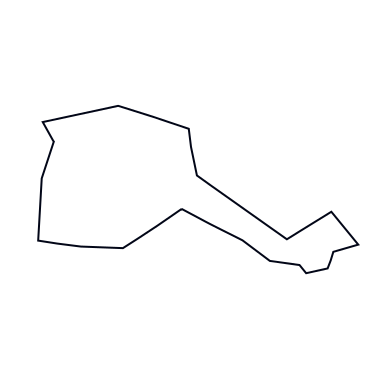 Tedzhen Sovkhoz, Ahal, Turkmenistan, rotated 173°
{"feature_id": "10190150B68029188897987", "entity_name": "Tedzhen Sovkhoz", "entity_type": "district", "adm_level": 2, "iso_a3": "TKM", "parent_name": "Turkmenistan", "parent_adm1": "Ahal", "projection": "robinson", "projection_center": [61.206, 37.17], "detail": "fine", "context": "isolated", "style": "outline", "palette": "ink", "viewbox_px": 384, "rotation_deg": 173, "n_neighbors": 0, "source": "geoboundaries", "source_scale": "gbopen_adm2", "svg_char_len": 622}
<svg xmlns="http://www.w3.org/2000/svg" viewBox="0 0 384 384"><g transform="rotate(173 192 192)"><path d="M56.1,155.4L90.9,139.4L103.6,133.5L173.1,196.7L185.1,207.8L187.5,236.9L187.5,254.9L187.5,255.1L222.8,272.0L223.1,272.1L254.3,286.3L254.9,286.5L329.4,279.8L331.6,279.6L323.5,259.7L323.0,258.9L339.5,223.8L350.6,162.5L331.9,157.2L309.0,151.4L267.4,144.7L252.2,152.0L230.6,162.7L205.0,176.1L204.5,175.8L203.8,176.1L182.0,160.8L178.1,158.1L169.0,152.0L147.8,137.9L123.1,114.1L94.2,106.4L93.6,105.5L88.6,97.5L66.7,99.6L62.7,107.1L59.0,115.4L33.4,119.5L56.1,155.4Z" fill="none" stroke="#020617" stroke-width="2"/></g></svg>